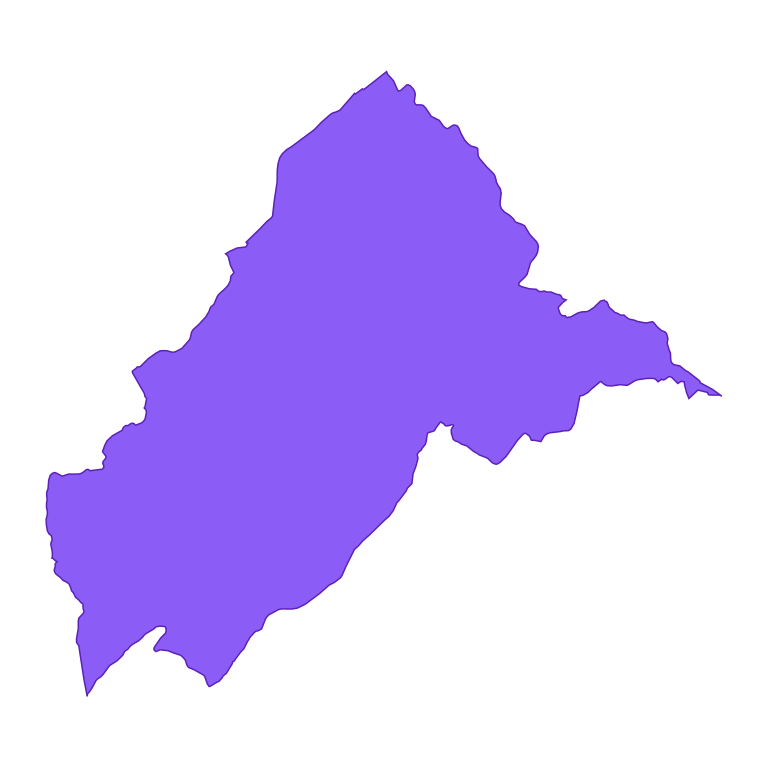 Cucunubá, Cundinamarca, Colombia (Robinson projection)
{"feature_id": "7082276B75127006220699", "entity_name": "Cucunubá", "entity_type": "district", "adm_level": 2, "iso_a3": "COL", "parent_name": "Colombia", "parent_adm1": "Cundinamarca", "projection": "robinson", "projection_center": [-73.78, 5.231], "detail": "fine", "context": "isolated", "style": "filled", "palette": "violet", "viewbox_px": 768, "rotation_deg": 0, "n_neighbors": 0, "source": "geoboundaries", "source_scale": "gbopen_adm2", "svg_char_len": 6043}
<svg xmlns="http://www.w3.org/2000/svg" viewBox="0 0 768 768"><path d="M386.6,71.6L363.9,89.5L362.5,88.8L355.5,93.9L354.5,93.4L340.0,110.1L336.0,112.0L333.1,112.8L330.5,114.3L321.2,122.5L314.4,129.6L291.6,146.6L286.5,149.8L282.2,153.9L279.7,157.9L278.0,163.9L277.3,169.9L277.1,182.2L274.3,200.6L272.5,216.3L271.3,217.8L267.0,221.4L260.3,228.4L246.1,242.2L246.7,243.0L248.0,243.2L246.4,246.3L245.6,247.0L237.1,248.0L229.9,251.2L225.6,253.8L227.0,254.9L228.3,256.8L230.4,265.2L233.8,272.3L233.8,272.9L230.9,276.2L230.3,281.0L228.1,285.3L225.1,288.6L218.7,294.4L217.2,296.6L214.0,304.2L210.8,307.0L209.9,308.8L209.1,311.3L205.8,316.9L199.0,324.3L193.2,329.5L191.6,332.1L190.2,338.2L189.4,339.9L181.9,348.4L175.7,351.6L173.7,352.2L171.6,352.1L167.7,350.9L164.6,350.6L160.2,350.8L156.0,353.1L148.3,358.6L140.3,366.6L137.2,367.0L136.2,368.2L132.4,371.1L132.5,372.8L144.3,393.4L145.0,396.6L146.6,398.3L145.1,406.4L144.2,407.9L144.6,408.7L145.4,409.0L146.2,410.3L146.4,412.5L145.1,418.9L143.7,421.1L141.8,422.8L136.2,425.0L135.3,425.0L133.8,423.5L132.5,423.2L130.9,423.5L128.1,425.5L125.6,425.6L123.3,427.4L122.1,430.3L112.5,435.7L107.0,440.9L104.8,445.2L102.6,451.3L102.6,451.8L105.9,456.2L105.9,457.4L105.6,458.4L103.5,460.9L102.8,462.3L102.8,463.7L103.7,465.4L103.8,467.1L103.6,467.8L102.2,469.2L90.3,470.7L89.6,470.5L88.7,469.6L87.5,469.4L86.4,469.6L82.8,472.5L80.2,473.8L77.4,474.1L68.5,474.1L62.3,476.2L56.6,473.2L54.6,472.5L52.4,473.3L50.2,475.4L48.7,480.1L48.0,488.9L46.9,491.7L46.6,494.3L47.1,499.7L46.5,503.6L46.5,507.7L47.2,510.6L47.4,512.7L47.1,515.5L46.1,519.4L46.4,525.3L47.5,531.2L49.1,534.0L51.2,535.5L51.9,537.9L52.1,540.4L51.3,541.7L50.8,544.2L52.3,551.9L52.4,556.2L51.9,558.1L52.7,558.2L55.8,561.1L57.1,561.5L55.2,563.9L55.2,566.6L54.2,569.9L54.6,571.9L56.1,574.2L60.5,577.6L62.8,580.2L66.4,582.0L68.9,583.8L70.2,586.4L71.5,590.7L73.5,593.0L75.5,597.2L78.6,599.8L80.9,602.6L83.0,603.9L83.0,608.0L84.0,611.7L83.3,613.3L78.8,618.1L78.3,620.9L78.3,628.5L76.5,638.7L76.5,640.4L76.6,642.5L78.8,645.8L83.9,679.1L87.2,696.4L87.5,693.9L89.6,691.6L92.2,687.7L96.0,680.6L97.2,679.2L100.9,676.7L103.1,674.4L109.6,665.5L116.9,660.9L122.8,655.2L124.6,651.5L125.3,650.9L127.9,649.2L129.7,646.8L132.7,644.2L138.6,640.8L142.5,637.3L145.0,634.2L153.3,629.3L156.0,626.9L159.8,626.1L164.8,626.5L165.3,626.9L166.1,628.8L166.1,630.9L165.6,633.0L160.6,638.1L154.4,647.2L153.9,648.6L154.0,649.7L154.8,650.8L156.1,651.5L160.3,649.8L168.0,650.7L172.9,652.7L180.7,655.3L182.7,657.0L185.2,659.9L187.1,665.5L188.7,667.5L194.0,669.7L203.8,675.2L204.9,677.0L207.3,683.9L209.1,686.5L210.4,686.2L216.2,682.6L219.0,681.3L222.0,678.0L223.2,675.9L226.4,673.3L232.2,663.8L232.6,661.9L234.4,660.9L235.4,659.1L240.6,652.1L243.9,648.7L247.3,641.8L250.3,637.0L254.5,632.3L256.2,631.1L258.1,630.8L261.6,628.9L265.2,619.7L266.4,617.4L268.9,614.8L278.2,609.7L281.4,608.9L292.2,609.0L297.4,608.1L305.4,604.1L319.5,593.6L329.0,585.2L334.5,582.3L340.3,577.9L342.0,575.5L346.1,566.1L354.4,549.5L358.3,546.0L363.0,540.6L369.3,535.1L383.9,520.8L389.1,516.2L393.3,510.6L396.8,502.8L398.4,501.2L406.0,491.2L407.6,487.9L411.9,483.6L413.1,473.6L415.7,467.0L417.9,458.8L418.0,457.8L417.4,456.0L417.4,453.9L418.8,452.0L421.5,449.8L421.8,448.7L425.4,444.2L426.3,441.0L427.2,434.3L428.1,432.7L433.1,431.3L434.6,430.5L435.9,428.0L440.3,422.1L440.9,421.9L441.6,422.3L442.3,423.1L443.7,423.7L444.9,425.4L446.5,426.0L449.6,425.5L451.9,424.6L453.0,424.7L453.6,425.7L452.0,427.9L451.2,430.0L451.4,433.3L453.2,439.3L454.8,440.7L458.6,442.1L461.6,444.2L466.8,445.9L473.7,451.5L476.9,453.2L479.4,455.0L486.2,457.6L487.8,458.5L492.4,462.8L494.7,463.9L496.2,464.2L497.6,463.9L499.9,462.5L506.2,456.3L517.6,440.2L522.5,434.8L524.3,433.3L526.2,433.5L529.6,436.3L531.4,440.2L535.1,440.4L540.9,441.6L544.1,436.1L545.9,434.4L547.9,433.5L549.9,432.8L560.0,431.6L563.1,430.9L568.4,430.6L570.3,429.5L571.0,428.8L574.0,423.6L577.0,411.1L579.8,396.1L583.4,395.1L587.9,392.5L591.0,389.4L600.1,381.8L600.9,381.5L604.9,384.8L607.3,385.7L612.1,385.9L620.1,384.7L626.9,385.3L628.2,384.9L634.6,380.9L637.4,379.8L646.1,378.5L652.4,378.3L655.2,378.9L658.1,381.8L661.7,379.2L662.0,379.6L663.3,379.9L664.8,379.5L668.7,376.7L670.2,376.7L672.0,377.6L677.8,383.5L681.0,381.4L684.2,381.8L684.6,385.1L686.6,392.7L688.9,398.5L697.9,390.1L707.5,392.4L708.0,393.9L709.1,395.0L719.9,395.1L721.9,396.2L712.5,389.4L700.3,382.8L699.7,381.0L698.4,379.9L688.0,371.8L685.5,370.5L679.8,365.9L673.9,364.7L672.4,363.5L671.2,361.9L670.8,360.2L670.4,352.8L669.2,350.1L667.5,344.5L667.2,343.2L667.9,338.5L666.5,333.5L665.0,331.9L661.6,330.6L657.3,327.0L653.8,322.7L652.4,321.7L646.4,322.9L644.2,322.7L637.6,321.5L634.5,320.2L629.1,319.1L626.5,317.4L624.1,315.1L620.3,315.1L618.4,313.7L614.7,312.3L611.9,309.6L610.1,308.3L608.4,306.0L608.4,304.9L606.9,301.9L604.6,300.8L604.2,300.1L600.5,301.1L593.9,307.5L589.1,310.7L587.0,311.6L581.8,311.9L579.1,312.6L577.2,313.3L570.8,316.9L567.0,317.5L565.8,316.7L565.2,315.7L562.8,315.7L561.4,315.1L560.1,313.5L559.2,311.2L558.2,307.5L562.5,302.7L566.2,299.9L562.4,298.6L561.1,296.0L560.1,295.0L556.0,294.1L551.1,292.0L546.8,292.0L544.1,291.0L541.1,291.6L538.7,291.4L536.3,289.3L529.4,288.8L521.8,286.7L518.9,285.3L518.8,284.2L519.4,282.4L525.0,277.0L527.1,274.3L530.4,263.1L531.5,261.2L533.3,259.4L536.1,255.5L537.6,252.0L538.4,246.7L537.8,244.0L536.2,241.4L529.9,234.6L524.5,225.7L521.6,224.2L516.3,222.4L514.9,221.4L513.8,219.4L511.6,217.1L509.3,215.1L504.4,212.0L501.4,208.7L500.1,205.2L500.3,200.4L501.2,193.5L500.3,188.7L497.9,185.2L496.3,181.9L495.9,179.2L494.6,175.2L492.8,172.9L486.6,166.8L479.4,158.3L478.1,155.7L477.7,148.7L476.7,147.7L475.0,147.1L470.8,146.0L467.4,143.2L464.7,140.1L461.1,133.7L458.7,127.9L457.7,126.4L456.7,125.6L455.1,125.1L453.1,125.2L448.6,128.1L447.3,128.6L446.0,128.2L443.7,126.5L439.2,120.3L431.3,116.4L425.6,107.9L423.1,105.4L421.2,104.9L416.5,104.9L415.0,103.7L414.3,101.6L415.3,94.3L414.6,91.3L413.3,89.0L410.2,85.7L408.2,84.8L406.8,84.9L400.6,90.5L398.4,91.0L397.7,90.3L393.5,80.7L387.6,74.3L386.6,71.6Z" fill="#8b5cf6" stroke="#5b21b6" stroke-width="1.5"/></svg>